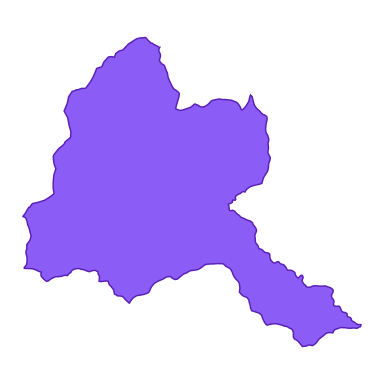 the district of Doban, Geylegphug, Bhutan
{"feature_id": "84629894B43838221922230", "entity_name": "Doban", "entity_type": "district", "adm_level": 2, "iso_a3": "BTN", "parent_name": "Bhutan", "parent_adm1": "Geylegphug", "projection": "robinson", "projection_center": [90.384, 27.056], "detail": "fine", "context": "isolated", "style": "filled", "palette": "violet", "viewbox_px": 384, "rotation_deg": 0, "n_neighbors": 0, "source": "geoboundaries", "source_scale": "gbopen_adm2", "svg_char_len": 5968}
<svg xmlns="http://www.w3.org/2000/svg" viewBox="0 0 384 384"><path d="M302.4,346.5L306.7,346.0L307.8,345.3L309.1,345.0L309.7,345.0L312.2,345.6L313.4,345.1L314.5,344.4L315.9,343.2L317.9,340.5L319.2,339.0L321.2,337.3L323.3,335.8L326.3,333.1L329.0,332.6L331.4,332.6L332.2,332.9L332.7,332.8L333.5,331.7L333.8,330.4L335.7,329.3L337.5,328.6L338.5,328.5L339.3,328.0L340.3,327.6L344.7,327.7L348.6,328.2L351.8,328.2L353.3,327.9L356.8,328.3L357.4,328.2L358.6,327.4L359.8,326.8L360.4,326.7L360.7,326.0L360.8,325.2L361.0,324.8L360.3,324.5L357.7,324.6L356.3,323.8L354.8,322.4L353.0,321.5L351.7,320.6L351.3,319.5L351.3,318.8L350.6,317.9L349.8,317.3L348.6,317.1L347.6,316.6L347.2,315.6L347.1,314.1L346.8,313.5L345.5,312.6L343.2,312.2L342.1,311.6L341.4,310.6L340.3,307.8L339.4,306.5L338.2,306.1L336.4,306.4L334.4,306.0L333.9,305.5L333.6,304.9L333.4,303.6L333.9,302.5L334.0,301.3L333.3,299.5L332.3,298.3L331.8,297.4L331.4,296.3L331.5,295.5L331.8,294.5L333.1,291.8L333.1,290.1L332.8,289.6L331.0,288.0L325.6,286.0L320.0,286.2L316.5,285.8L313.7,285.8L312.1,286.3L311.1,286.9L307.7,287.4L307.3,287.2L306.2,286.4L305.6,285.5L303.8,283.9L302.4,281.9L302.1,280.9L302.1,280.3L303.0,278.0L303.1,277.5L303.0,276.7L302.5,275.7L301.8,275.3L300.9,275.5L299.7,276.4L298.7,277.8L298.0,277.9L296.9,277.1L295.8,275.6L295.2,274.2L295.0,272.9L294.5,272.3L293.6,271.4L291.0,270.2L287.7,270.2L286.8,269.1L285.9,267.2L283.7,264.8L282.8,264.4L281.9,264.3L280.3,263.7L279.8,263.2L278.9,262.0L278.0,261.7L277.3,261.8L276.5,262.1L275.3,262.9L274.1,263.0L273.3,262.7L272.3,261.8L271.2,260.6L270.1,258.7L269.9,257.5L269.8,254.8L269.3,253.7L268.2,253.0L265.8,252.6L264.5,252.2L262.1,249.7L261.0,249.2L259.6,248.9L258.9,248.6L258.1,246.0L257.7,245.3L256.9,244.2L255.8,243.1L255.5,242.2L255.3,240.4L255.2,238.2L254.8,235.8L255.1,234.5L256.5,231.1L256.5,230.5L256.4,229.5L255.2,227.2L253.2,224.7L252.5,222.9L251.8,222.1L250.4,221.1L247.0,220.0L244.3,218.6L241.1,217.3L239.5,215.7L236.6,213.5L234.6,211.1L233.0,210.4L232.5,210.3L230.6,210.8L230.0,210.7L229.4,210.0L229.0,207.7L228.9,206.2L228.3,204.2L231.1,203.1L232.2,202.4L232.4,202.0L232.5,200.4L233.0,200.1L234.7,200.2L235.4,200.1L235.8,199.3L235.3,198.5L235.5,196.9L236.1,195.7L238.4,194.2L240.1,193.6L241.6,192.3L243.0,191.6L243.7,191.6L245.0,192.0L246.3,189.7L249.7,186.9L250.9,186.4L255.2,185.1L258.6,184.4L261.1,183.7L261.9,183.2L263.4,178.0L265.1,174.9L267.1,172.0L267.9,170.3L268.4,167.9L268.6,163.8L270.1,159.6L270.3,157.6L268.6,154.2L267.8,152.3L268.5,148.1L268.0,143.4L268.5,141.5L268.8,139.2L267.6,135.2L266.3,133.1L265.8,131.3L265.6,129.0L265.8,126.6L266.1,123.7L266.8,121.0L267.1,119.1L266.8,116.7L265.1,115.2L263.1,114.5L261.6,113.4L260.0,111.3L256.9,108.7L255.2,106.5L254.0,104.0L253.5,102.3L252.1,96.6L250.5,95.0L249.3,98.8L248.9,101.3L246.2,105.8L244.9,107.5L242.3,110.0L241.5,109.8L241.0,109.0L240.3,107.2L239.0,105.0L238.1,103.8L236.6,102.3L231.4,100.2L224.8,99.5L223.0,99.6L219.2,99.0L215.8,99.6L212.4,100.4L211.2,101.0L208.4,104.1L206.2,105.7L204.4,106.6L201.5,107.1L200.0,106.5L197.4,104.9L196.3,104.7L195.3,104.1L194.5,104.1L193.9,104.5L192.8,105.6L190.9,107.1L188.4,108.1L182.4,110.1L179.7,110.4L176.1,109.0L175.7,108.3L176.0,106.8L178.9,96.8L179.3,94.1L179.2,93.4L178.3,92.1L176.1,90.3L174.0,89.0L172.3,86.7L169.8,81.5L168.1,77.4L167.6,74.3L167.2,72.5L166.3,70.6L164.5,65.7L163.6,64.8L161.8,63.9L159.9,61.5L159.5,60.6L159.7,58.9L160.3,57.1L160.5,55.7L160.2,53.9L158.9,51.4L158.9,49.0L159.8,47.3L159.0,47.2L156.7,45.8L154.0,44.6L152.4,43.3L150.8,43.0L148.0,40.3L145.7,37.5L139.8,38.0L136.4,38.9L128.5,44.0L122.7,50.1L119.1,51.0L115.8,53.4L114.4,57.3L111.7,56.6L108.3,57.0L103.9,62.0L101.8,66.8L96.7,68.4L94.9,73.0L92.9,77.5L90.4,81.9L87.1,86.3L86.1,87.9L84.6,88.4L81.3,88.4L78.2,89.7L76.2,89.8L74.5,90.9L72.3,91.3L68.7,96.6L67.4,103.1L64.1,111.0L67.7,117.7L69.2,125.8L71.0,131.8L70.5,137.4L65.0,142.0L64.6,143.5L62.5,145.6L58.5,148.8L53.7,155.1L53.3,156.8L53.4,159.1L53.8,162.3L54.5,165.1L55.9,168.7L54.2,173.8L53.9,175.2L53.4,179.5L53.2,183.2L53.2,188.5L54.0,193.2L53.5,194.1L50.8,196.3L45.0,200.1L38.3,202.3L32.4,203.6L30.3,206.3L30.0,207.3L28.7,207.4L25.0,213.8L23.3,215.8L23.0,216.6L25.0,217.3L26.1,218.6L27.0,221.1L27.6,224.7L28.6,226.7L29.4,229.2L31.1,236.2L30.0,240.2L26.8,244.5L26.8,248.7L26.0,251.2L26.0,253.2L27.1,257.8L27.0,262.0L26.5,264.9L24.2,267.5L24.4,268.4L32.1,268.7L34.4,269.3L36.5,270.2L38.9,271.4L41.4,272.2L40.9,274.1L41.2,276.1L42.3,277.6L44.6,279.9L46.6,281.4L48.6,280.7L51.1,278.8L53.5,277.6L55.6,276.7L58.2,276.7L62.0,276.2L64.1,275.3L67.6,275.5L68.8,273.8L70.9,272.4L71.4,271.2L72.4,270.1L73.7,269.4L75.1,268.9L78.6,268.5L79.9,268.8L80.9,269.3L84.0,269.7L85.8,270.6L89.0,271.6L89.7,271.7L90.9,271.1L93.6,270.4L95.3,270.4L98.0,271.8L98.0,273.0L98.4,274.6L99.5,276.0L99.1,281.3L101.0,281.6L106.8,280.9L108.3,281.5L109.2,284.6L111.1,286.5L112.8,288.7L113.8,290.4L114.5,294.1L115.8,294.6L116.7,295.4L117.4,295.8L121.3,296.1L122.2,296.4L123.5,297.3L125.0,299.2L127.9,301.9L128.8,302.9L129.4,303.1L131.3,300.0L132.5,298.8L133.0,297.9L136.8,295.6L140.4,295.1L143.9,294.4L147.2,293.3L148.7,292.4L149.6,290.8L151.1,287.5L152.1,286.0L154.4,283.2L158.4,281.0L162.5,279.3L166.6,276.9L170.6,276.5L171.6,277.7L173.1,278.7L175.1,279.5L177.2,279.2L183.5,274.0L186.6,272.9L189.9,270.8L196.2,269.9L198.1,269.4L200.3,268.3L204.7,265.0L206.4,264.3L209.9,264.0L213.7,263.9L217.4,263.6L222.4,263.7L223.8,264.2L225.8,266.3L228.3,267.5L230.4,268.9L232.1,271.8L233.3,275.1L234.4,277.2L235.8,279.0L238.5,281.8L239.3,283.4L239.7,286.3L239.9,288.2L239.4,292.1L241.1,294.1L243.5,296.2L246.1,297.1L247.3,297.7L249.1,300.5L249.1,301.8L250.4,306.1L250.6,308.3L251.2,309.3L251.4,310.1L252.1,311.0L252.8,311.0L258.8,313.0L260.4,314.1L261.8,315.7L262.5,318.1L264.3,321.9L266.0,324.4L267.2,325.1L272.2,323.9L275.4,323.7L276.6,323.8L281.6,325.0L284.6,326.2L287.2,326.6L289.3,328.0L291.6,329.1L292.3,329.7L293.4,332.4L293.3,336.9L294.0,338.2L294.7,339.1L296.1,339.8L298.3,341.4L302.4,346.5Z" fill="#8b5cf6" stroke="#5b21b6" stroke-width="1.5"/></svg>